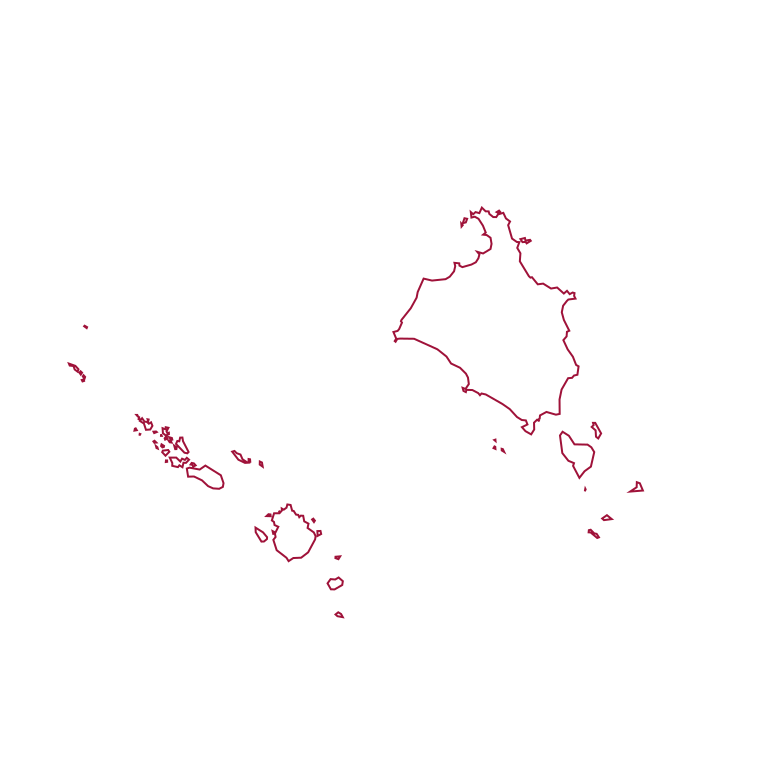 Ko Samui, Surat Thani, Thailand (Robinson projection), rotated 310°
{"feature_id": "78962969B93430934816346", "entity_name": "Ko Samui", "entity_type": "district", "adm_level": 2, "iso_a3": "THA", "parent_name": "Thailand", "parent_adm1": "Surat Thani", "projection": "robinson", "projection_center": [99.825, 9.553], "detail": "fine", "context": "isolated", "style": "outline", "palette": "rose", "viewbox_px": 768, "rotation_deg": 310, "n_neighbors": 0, "source": "geoboundaries", "source_scale": "gbopen_adm2", "svg_char_len": 6220}
<svg xmlns="http://www.w3.org/2000/svg" viewBox="0 0 768 768"><g transform="rotate(310 384 384)"><path d="M571.5,340.0L567.7,344.0L570.5,346.0L571.3,350.2L568.9,358.0L565.4,364.6L562.2,364.0L564.1,366.9L564.5,371.6L560.5,376.3L555.9,378.8L547.7,376.0L545.2,370.5L544.6,373.8L541.0,375.5L536.3,376.1L531.7,374.2L523.9,368.9L523.2,365.7L524.8,364.1L522.1,360.1L520.1,362.8L515.4,365.2L508.5,365.4L503.9,363.8L494.1,354.3L490.2,346.6L476.1,350.7L471.1,353.5L459.3,355.8L444.5,356.2L443.0,356.6L442.6,358.3L435.8,360.3L433.4,360.3L429.9,357.8L426.6,364.2L423.8,364.6L423.8,365.7L427.1,365.2L429.1,367.1L438.0,378.0L444.9,402.6L445.2,414.2L442.8,422.2L445.3,431.8L444.6,440.1L442.9,444.2L438.5,449.0L432.6,449.6L431.6,446.7L429.8,449.3L430.4,451.9L432.5,450.9L436.2,455.6L437.6,462.1L437.1,464.7L439.4,464.8L441.4,468.7L444.8,487.6L445.6,496.5L444.2,507.1L445.0,512.7L447.3,516.1L445.2,519.9L439.6,517.4L438.8,522.7L440.0,529.1L445.7,528.3L450.8,523.8L454.9,524.2L455.5,527.1L455.5,524.8L457.5,525.5L460.2,523.7L467.0,526.4L471.0,535.4L474.0,537.8L485.0,528.4L493.9,523.6L506.8,521.3L509.6,524.1L512.6,524.1L515.4,526.2L522.6,521.7L522.1,518.9L526.3,511.2L528.6,502.4L532.9,493.2L537.8,493.3L541.6,490.6L543.9,491.7L548.7,480.6L553.2,474.1L559.1,470.9L565.2,470.7L567.2,470.9L572.5,475.8L573.7,473.0L576.1,471.5L575.3,469.7L572.2,468.5L573.0,464.3L568.9,463.6L569.2,454.6L564.5,450.6L563.2,441.4L559.2,437.7L560.9,428.7L559.6,427.8L559.7,425.7L565.3,409.2L571.8,404.5L573.9,398.6L579.7,396.5L578.2,394.5L577.7,388.6L585.5,377.0L589.5,376.1L589.2,371.0L591.8,365.4L587.2,362.3L584.0,362.7L582.1,360.4L582.0,355.4L583.5,353.2L581.6,350.9L582.0,345.6L576.2,347.2L574.5,343.6L571.4,343.2L571.5,340.0ZM214.3,382.9L207.4,385.8L207.6,388.4L205.6,390.8L206.7,394.8L199.3,396.6L197.1,399.3L193.5,399.4L187.7,408.6L188.2,421.0L187.0,424.8L192.4,426.4L197.7,432.2L206.3,434.1L220.7,431.1L223.5,429.4L225.2,425.6L224.6,418.0L228.5,415.9L227.5,411.2L231.1,406.8L229.7,404.9L227.5,404.7L228.6,402.4L227.4,400.6L228.7,396.4L227.9,395.1L231.3,390.2L229.6,387.4L226.6,388.8L223.3,388.0L222.9,385.7L221.5,387.1L217.8,387.0L214.3,382.9ZM462.2,551.5L457.7,551.9L445.7,565.0L443.7,574.6L445.5,580.4L442.8,581.5L437.7,594.0L446.1,593.7L453.7,595.6L467.0,588.8L468.8,583.5L468.4,578.9L460.2,568.7L463.2,558.9L462.2,551.5ZM194.9,288.8L192.5,287.3L187.1,293.5L191.0,297.9L193.2,306.5L192.7,314.9L194.2,320.2L197.8,325.1L201.6,326.7L204.9,324.8L209.2,317.7L206.7,299.6L200.0,297.8L194.9,288.8ZM203.2,481.2L206.5,479.2L206.6,473.6L202.9,472.3L200.2,468.5L195.0,468.9L192.6,475.3L194.9,478.2L203.2,481.2ZM193.7,277.8L194.1,272.2L189.9,267.2L187.4,272.6L185.2,274.4L187.9,279.6L190.2,279.5L190.7,283.1L194.8,281.0L196.3,283.0L200.7,283.3L200.7,280.4L197.9,280.3L197.0,277.3L193.7,277.8ZM213.4,264.0L211.9,262.3L208.5,264.0L207.5,262.3L204.4,263.2L203.1,275.3L204.5,277.9L206.3,278.0L211.0,266.8L213.4,264.0ZM190.0,394.0L191.5,392.9L192.6,386.7L191.4,377.9L188.0,381.0L184.5,391.4L186.2,393.3L190.0,394.0ZM490.0,570.8L488.6,569.1L487.3,571.0L484.6,570.7L484.5,575.9L479.9,580.3L480.0,583.1L485.7,582.1L490.0,570.8ZM202.3,220.7L198.8,220.8L199.4,225.5L195.9,231.1L198.9,234.2L203.1,233.5L204.9,230.2L202.5,229.4L202.5,226.5L201.2,224.8L202.3,220.7ZM472.4,643.8L471.3,640.8L467.3,643.9L459.8,641.7L468.8,650.8L472.4,643.8ZM236.1,330.2L235.4,324.0L237.7,319.4L236.3,315.6L236.6,312.5L234.6,311.2L232.4,321.1L234.2,328.2L236.1,330.2ZM208.9,245.9L207.8,242.8L204.2,246.3L204.3,249.9L207.3,251.5L208.4,250.5L207.1,249.7L207.9,247.9L211.9,247.0L210.6,244.6L208.9,245.9ZM426.9,645.3L426.8,639.1L421.2,637.6L421.1,640.0L426.9,645.3ZM194.1,263.1L194.7,261.1L190.8,257.4L189.2,257.9L188.6,262.7L194.1,263.1ZM586.4,398.1L582.7,395.4L581.7,398.9L583.9,401.2L583.4,402.9L588.0,404.4L588.3,403.2L584.8,400.2L586.4,398.1ZM404.7,647.2L405.9,643.2L404.7,641.1L405.2,636.0L403.7,634.9L401.9,636.1L403.1,637.7L403.1,646.3L404.7,647.2ZM199.5,135.9L197.1,129.5L196.1,131.4L198.2,134.6L196.3,137.7L196.5,141.4L198.9,140.5L199.5,135.9ZM179.7,495.7L176.3,495.0L176.2,497.6L178.9,502.3L180.2,499.0L179.7,495.7ZM228.7,432.3L230.6,429.8L228.5,427.5L225.0,430.8L228.7,432.3ZM562.7,339.1L557.9,341.0L560.4,342.8L564.0,341.5L562.7,339.1ZM242.7,344.2L245.4,341.0L244.8,338.7L242.4,340.6L242.7,344.2ZM199.9,287.4L198.0,287.6L198.9,289.2L198.0,290.9L200.6,292.0L201.0,289.4L199.9,287.4ZM223.8,461.2L220.5,457.9L219.4,458.7L220.5,461.7L223.8,461.2ZM209.9,382.2L211.1,380.9L210.0,379.2L207.3,378.9L209.9,382.2ZM204.0,250.8L201.4,250.9L200.7,252.1L203.0,253.2L204.0,250.8ZM235.4,416.4L234.0,416.0L233.2,419.1L234.9,418.9L235.4,416.4ZM200.7,266.8L202.2,265.9L201.9,263.0L199.9,265.9L200.7,266.8ZM194.8,252.4L193.2,253.1L193.0,255.0L194.3,255.8L195.2,255.3L194.8,252.4ZM198.7,143.4L196.9,143.4L196.3,145.7L198.6,145.4L198.7,143.4ZM240.2,329.8L239.5,328.5L237.0,330.6L238.4,331.6L240.2,329.8ZM590.8,360.7L588.1,359.8L588.6,362.3L590.5,362.4L590.8,360.7ZM202.6,258.9L203.5,256.8L202.2,255.3L201.6,257.3L202.6,258.9ZM205.3,257.6L206.3,256.2L205.2,253.8L204.3,257.0L205.3,257.6ZM197.6,148.2L196.2,148.4L195.5,151.2L197.3,150.5L197.6,148.2ZM409.2,519.7L410.5,516.9L410.0,515.8L408.8,516.9L409.2,519.7ZM190.4,222.3L189.6,221.9L187.9,222.8L189.7,224.3L190.4,222.3ZM199.0,396.4L200.1,394.9L199.7,393.2L198.0,395.5L199.0,396.4ZM199.3,238.1L198.7,239.5L201.1,240.8L201.1,239.9L199.3,238.1ZM405.9,511.1L407.4,509.6L407.2,508.8L405.3,509.1L405.9,511.1ZM236.7,120.0L236.2,117.2L235.5,117.2L235.7,120.3L236.7,120.0ZM193.6,152.3L194.6,151.1L192.8,149.9L192.2,151.4L193.6,152.3ZM554.5,342.2L556.3,342.2L556.6,340.1L554.5,342.2ZM192.8,247.2L193.0,244.7L191.8,244.3L191.4,245.9L192.8,247.2ZM189.1,252.2L189.9,251.0L189.9,249.2L188.7,250.9L189.1,252.2ZM185.0,267.9L186.0,267.0L185.3,266.1L184.0,267.0L185.0,267.9ZM200.4,220.2L199.2,217.7L199.7,220.4L200.4,220.2ZM188.8,228.9L187.3,229.8L189.0,229.5L188.8,228.9ZM200.8,216.9L201.7,214.9L201.2,214.3L200.8,216.9ZM412.0,506.1L413.0,505.1L412.0,504.5L412.0,506.1ZM201.4,247.1L202.2,245.5L200.9,246.5L201.4,247.1ZM430.9,606.8L432.9,606.2L433.2,605.5L430.9,606.8ZM203.9,227.3L205.5,226.5L205.0,225.6L203.9,227.3ZM200.6,218.3L201.8,217.2L200.4,218.0L200.6,218.3ZM218.1,386.9L219.2,385.8L219.4,385.0L218.1,386.9Z" fill="none" stroke="#9f1239" stroke-width="2"/></g></svg>